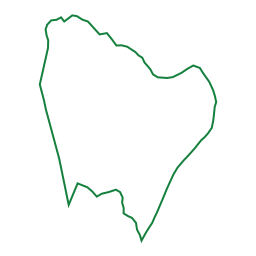 outline of Roteiro, Alagoas, Brazil
{"feature_id": "56859067B56369687542379", "entity_name": "Roteiro", "entity_type": "district", "adm_level": 2, "iso_a3": "BRA", "parent_name": "Brazil", "parent_adm1": "Alagoas", "projection": "equal_earth", "projection_center": [-35.971, -9.875], "detail": "fine", "context": "isolated", "style": "outline", "palette": "green", "viewbox_px": 256, "rotation_deg": 0, "n_neighbors": 0, "source": "geoboundaries", "source_scale": "gbopen_adm2", "svg_char_len": 1126}
<svg xmlns="http://www.w3.org/2000/svg" viewBox="0 0 256 256"><path d="M61.1,17.4L56.5,19.8L51.2,20.4L47.2,24.7L45.6,29.3L46.6,35.5L48.2,40.3L48.0,48.0L39.8,84.5L43.9,100.0L45.9,109.5L54.5,141.3L59.2,158.7L68.7,204.9L77.6,183.4L87.4,187.3L92.4,191.6L96.8,196.6L101.8,193.7L108.6,192.1L115.9,189.7L120.1,192.1L122.7,197.8L122.1,202.7L123.7,208.0L123.6,213.4L128.0,216.1L132.0,217.9L136.0,222.9L137.0,229.5L139.9,235.1L141.5,240.6L146.3,232.0L149.4,227.1L152.2,222.9L154.7,217.1L157.3,211.7L159.6,206.2L163.0,198.3L166.7,189.2L169.7,182.6L173.5,174.3L177.6,167.5L183.5,160.6L187.3,156.6L190.4,153.2L194.5,148.6L197.6,144.7L201.2,140.2L204.5,137.3L207.9,133.5L211.7,128.0L213.2,121.0L214.0,114.2L214.7,107.0L216.2,102.0L215.0,96.4L213.1,90.1L209.1,81.6L203.4,73.6L199.9,68.0L193.3,65.5L187.3,68.9L181.4,72.9L172.8,77.1L167.2,78.0L157.7,77.3L153.0,74.4L150.4,69.4L147.3,65.7L144.5,62.5L142.3,57.7L138.4,55.3L135.5,52.1L131.0,49.2L127.2,46.7L121.5,45.3L116.4,45.5L111.8,39.2L106.9,33.1L99.6,34.4L95.5,29.9L87.8,21.4L82.7,19.8L76.8,16.1L72.3,15.4L68.1,18.6L64.2,21.5L61.1,17.4Z" fill="none" stroke="#15803d" stroke-width="2"/></svg>